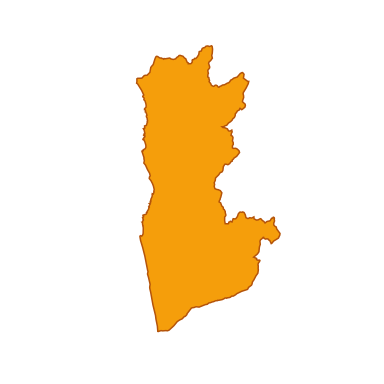 Cañete, Lima, Peru, rotated 25°
{"feature_id": "86281439B38197042578648", "entity_name": "Cañete", "entity_type": "district", "adm_level": 2, "iso_a3": "PER", "parent_name": "Peru", "parent_adm1": "Lima", "projection": "natural_earth1", "projection_center": [-76.444, -12.8], "detail": "fine", "context": "isolated", "style": "filled", "palette": "amber", "viewbox_px": 384, "rotation_deg": 25, "n_neighbors": 0, "source": "geoboundaries", "source_scale": "gbopen_adm2", "svg_char_len": 6036}
<svg xmlns="http://www.w3.org/2000/svg" viewBox="0 0 384 384"><g transform="rotate(25 192 192)"><path d="M196.7,67.8L195.9,68.2L190.5,67.1L189.4,63.3L187.5,62.4L187.0,62.5L185.7,64.1L184.4,68.7L181.6,71.3L180.9,72.9L179.7,74.4L179.7,75.7L179.1,77.5L178.0,78.4L176.2,81.0L174.3,82.3L173.9,83.2L172.7,84.4L172.1,85.7L171.4,85.8L169.8,85.0L168.8,85.0L167.9,85.4L167.4,86.6L166.8,87.2L165.1,87.2L164.2,86.9L163.1,85.8L160.9,84.8L160.7,83.4L159.7,82.5L159.2,81.5L158.7,81.1L157.9,81.2L157.5,80.8L156.7,78.5L156.7,77.5L155.8,76.5L154.9,75.0L155.5,72.1L155.2,71.2L152.6,68.3L152.5,67.1L153.4,64.9L153.9,62.1L152.2,60.0L151.7,57.6L150.3,53.9L148.8,51.6L148.0,51.2L146.1,52.9L144.7,52.9L143.1,53.9L142.4,55.8L141.4,56.5L140.6,57.6L140.8,60.3L139.2,61.7L140.0,64.6L139.7,67.5L139.0,69.5L137.9,69.8L137.6,71.3L136.5,71.9L136.5,72.6L137.3,74.1L137.0,75.7L136.6,76.3L134.4,77.3L134.1,76.6L132.7,76.4L129.9,73.8L128.7,73.8L126.5,72.8L123.4,73.2L122.5,73.9L122.3,75.0L121.3,76.5L120.9,78.2L119.0,79.8L116.8,80.3L115.2,80.0L111.4,82.6L110.7,82.7L110.2,83.6L109.4,83.3L108.4,83.7L107.6,83.5L106.6,84.0L105.7,84.1L103.6,83.7L102.4,84.1L102.1,85.0L102.2,87.3L103.0,93.0L102.6,93.9L102.0,96.5L103.3,101.4L101.9,105.2L100.3,106.0L99.5,106.7L98.4,110.1L94.7,111.9L94.2,112.7L95.4,115.2L95.8,116.8L97.0,117.0L103.4,121.2L107.3,124.5L106.9,125.9L107.1,126.5L108.2,126.7L109.0,127.3L109.4,128.7L110.9,129.3L112.9,131.5L113.9,133.0L114.5,134.6L113.8,136.6L114.1,137.3L114.4,137.1L115.4,137.8L115.8,139.1L116.3,139.0L117.9,140.5L118.8,141.6L118.5,142.3L118.9,143.1L120.2,144.1L120.8,145.2L121.5,145.8L121.5,146.7L121.9,147.1L121.7,147.2L122.0,147.8L122.5,150.8L122.3,151.2L121.6,151.6L121.1,152.2L122.1,153.8L121.5,154.7L121.8,154.8L121.6,155.0L121.9,155.0L121.8,155.7L122.3,155.9L124.6,158.9L124.6,159.6L124.1,159.7L124.2,160.1L124.5,160.2L124.3,160.6L124.9,160.6L124.8,160.9L125.3,160.8L125.8,161.5L125.6,162.0L125.8,162.1L125.6,162.4L125.8,162.9L125.4,163.3L125.2,165.0L125.8,165.3L126.3,164.9L128.4,166.8L130.4,169.1L131.3,170.9L131.3,172.5L130.3,173.9L130.3,174.8L129.8,175.0L130.1,175.8L129.4,176.2L129.9,176.7L129.5,177.3L130.0,176.9L134.0,181.2L134.4,182.2L135.6,183.8L136.1,186.1L138.5,187.3L142.2,190.5L145.6,192.9L147.3,195.0L147.1,196.4L147.6,197.9L149.9,199.0L152.5,201.0L154.4,202.8L156.7,205.7L156.9,206.8L157.3,207.5L157.2,207.7L157.7,208.6L157.6,210.0L157.0,210.2L157.4,210.5L157.0,210.7L156.9,211.1L157.2,211.5L157.5,212.1L157.8,213.4L157.8,216.0L158.2,216.7L158.1,217.3L158.5,217.6L158.3,218.3L158.7,218.4L158.7,218.8L159.0,219.4L158.2,220.4L159.0,220.5L159.2,220.9L159.0,222.1L159.2,223.1L159.4,223.3L159.1,223.6L159.7,224.0L159.5,224.5L159.9,225.9L159.6,228.6L159.9,229.2L159.6,229.4L159.4,229.9L159.9,230.5L159.7,231.7L158.0,233.0L158.0,233.6L157.4,233.9L157.6,234.2L158.1,234.0L158.5,234.9L158.2,235.1L158.4,235.9L158.1,236.2L159.4,237.3L159.3,237.8L159.8,238.1L159.6,239.3L159.9,240.2L159.5,240.5L160.0,240.7L161.2,242.7L161.8,243.1L161.8,243.6L162.2,243.8L163.3,245.8L165.2,250.1L165.4,251.3L165.3,252.7L165.0,253.3L164.0,253.2L163.5,253.8L163.6,254.4L165.9,257.7L170.8,263.2L176.4,270.1L184.7,281.5L185.8,282.8L186.3,285.1L188.6,287.7L193.0,293.3L193.9,296.2L194.7,297.5L196.9,300.3L204.3,310.8L211.1,319.3L213.1,322.5L217.3,328.2L219.9,332.8L220.4,332.7L222.5,330.7L224.0,330.3L226.8,328.7L228.5,328.1L229.6,326.9L232.1,320.8L233.4,315.7L234.9,313.2L236.7,311.1L237.7,308.1L238.3,307.7L238.8,306.6L239.2,305.2L238.9,304.6L240.5,297.5L241.4,296.6L242.6,295.9L244.1,294.3L247.1,293.3L251.6,288.5L253.3,287.3L254.2,285.4L255.4,284.6L256.7,283.2L258.0,282.2L259.6,280.3L260.7,280.0L261.1,279.2L261.8,279.0L264.9,276.7L266.2,275.1L266.6,274.3L267.7,273.6L268.4,273.6L268.8,272.9L270.2,272.1L271.3,271.1L271.9,269.7L273.5,268.8L275.0,266.6L275.5,265.3L279.0,261.0L283.5,256.8L283.6,254.5L285.3,251.3L285.3,250.1L284.8,247.9L285.2,245.7L285.4,241.0L286.0,237.8L285.0,234.4L284.5,233.8L283.2,230.8L282.7,230.4L282.4,229.5L282.2,228.1L282.6,226.6L282.5,225.4L282.1,225.2L280.1,226.1L279.0,225.9L278.9,225.3L278.6,224.9L275.4,225.0L277.5,220.5L277.9,217.9L276.3,213.2L276.0,210.6L274.4,207.9L274.3,206.3L275.1,204.9L275.7,203.0L276.1,202.8L276.9,203.6L278.6,203.6L279.7,202.7L280.9,202.5L281.7,203.0L283.0,203.1L285.6,205.3L286.1,204.6L286.7,202.0L289.8,197.3L289.8,194.0L289.3,192.4L284.4,189.7L283.1,188.1L281.4,188.0L280.0,187.3L279.1,185.3L279.2,184.5L279.0,183.3L277.9,181.7L277.8,181.0L277.3,180.5L276.7,180.4L276.3,180.5L276.0,181.7L275.2,182.2L275.0,184.5L274.7,185.3L272.4,187.0L271.3,189.2L269.5,188.3L267.8,188.1L265.9,187.2L265.2,187.3L263.7,189.3L262.3,190.2L259.6,190.1L258.6,188.4L257.1,190.4L255.2,190.9L254.2,192.2L253.6,192.5L251.7,192.4L250.0,190.2L247.9,188.6L246.4,188.6L245.9,189.3L244.2,189.8L243.7,190.3L243.2,192.3L243.5,195.1L243.0,197.6L242.4,198.2L240.6,198.8L240.9,202.3L239.1,202.3L238.8,203.2L238.1,203.8L238.4,204.9L238.3,205.5L235.5,206.7L233.7,204.2L232.2,200.9L232.6,199.2L232.4,198.5L230.9,196.7L230.4,195.7L228.8,194.4L227.7,194.2L226.7,192.6L224.9,192.1L222.5,189.7L220.8,189.6L220.5,188.8L220.6,186.7L220.3,185.8L220.3,184.7L219.4,180.1L217.1,178.8L214.7,178.8L213.5,179.2L211.3,179.3L209.7,177.4L209.3,175.6L208.2,174.3L208.2,171.7L207.4,169.3L208.9,165.3L209.4,162.4L210.6,161.3L210.8,160.7L210.8,159.2L209.7,155.8L210.0,153.0L211.0,152.4L213.0,152.1L214.1,150.4L214.6,147.9L215.4,147.1L215.0,146.0L215.6,144.7L215.8,143.4L217.4,140.8L218.4,136.1L217.1,134.7L214.6,133.9L213.2,133.9L211.0,135.0L210.0,134.9L209.1,133.0L209.3,131.4L208.4,129.7L207.1,128.7L206.2,125.4L205.0,124.3L203.5,124.3L202.9,122.0L203.0,120.6L201.9,119.1L201.0,120.5L199.7,121.1L199.0,121.0L197.4,119.8L194.6,119.9L192.8,120.5L191.7,120.2L193.1,119.4L193.9,118.1L195.3,116.8L195.9,114.1L197.2,112.0L198.0,110.0L198.0,108.6L198.9,106.6L198.9,104.7L198.2,102.7L198.7,101.4L198.9,99.3L200.3,97.5L200.0,96.0L200.3,95.8L202.2,96.4L202.7,95.8L204.1,92.8L203.8,91.0L203.0,89.9L199.6,88.9L199.2,87.5L198.9,84.5L197.9,82.7L196.8,81.4L196.5,80.1L197.1,74.9L197.2,70.1L196.7,67.8Z" fill="#f59e0b" stroke="#b45309" stroke-width="1.5"/></g></svg>